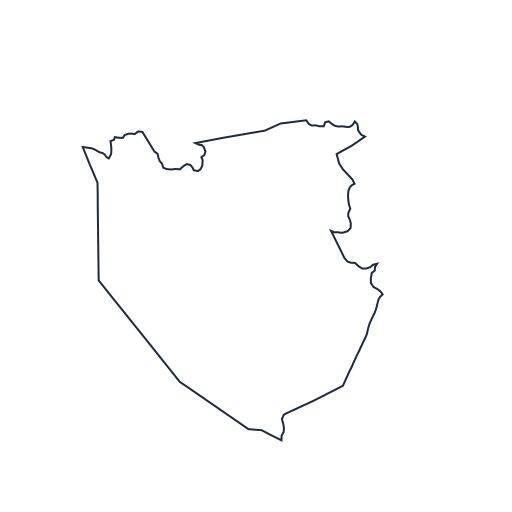 outline of Guajeru, Bahia, Brazil, rotated 243°
{"feature_id": "56859067B64963920888625", "entity_name": "Guajeru", "entity_type": "district", "adm_level": 2, "iso_a3": "BRA", "parent_name": "Brazil", "parent_adm1": "Bahia", "projection": "orthographic", "projection_center": [-41.967, -14.579], "detail": "fine", "context": "isolated", "style": "outline", "palette": "slate", "viewbox_px": 512, "rotation_deg": 243, "n_neighbors": 0, "source": "geoboundaries", "source_scale": "gbopen_adm2", "svg_char_len": 2210}
<svg xmlns="http://www.w3.org/2000/svg" viewBox="0 0 512 512"><g transform="rotate(243 256 256)"><path d="M100.9,274.5L104.1,278.5L106.4,281.3L108.4,284.0L110.7,286.7L113.1,290.1L115.6,293.2L117.6,295.5L119.6,298.2L121.6,300.7L123.3,303.0L125.0,305.3L127.0,307.7L129.0,310.4L131.0,312.8L133.3,316.1L135.9,319.1L138.8,321.6L141.2,323.6L143.8,326.1L145.9,328.6L147.7,330.9L149.4,333.1L151.6,336.1L154.9,339.5L158.7,342.8L161.6,345.4L163.1,347.6L164.3,351.4L167.6,350.9L171.2,349.3L175.1,346.6L179.8,346.1L183.8,348.1L188.3,351.4L189.2,355.3L192.3,357.1L194.1,360.4L195.1,356.5L194.2,352.7L194.7,348.8L196.5,345.1L199.8,343.0L205.0,341.0L206.8,337.6L209.5,335.0L213.9,333.9L244.4,334.3L241.5,336.6L239.9,339.9L238.3,342.0L237.2,344.5L236.5,348.8L237.9,352.9L242.0,355.3L246.0,356.1L249.6,356.2L252.4,357.8L255.4,361.5L259.2,362.1L263.1,363.3L266.7,364.8L269.3,366.1L272.3,368.1L274.6,370.8L275.6,373.5L275.6,376.6L280.7,376.6L294.0,372.7L300.8,372.1L310.2,374.1L310.8,391.4L312.9,407.3L316.1,404.9L319.1,404.3L321.8,404.1L324.2,405.2L327.5,406.1L331.0,405.1L328.9,401.5L328.5,398.4L329.6,395.7L331.2,393.5L332.7,391.1L333.9,388.2L336.3,385.3L339.6,383.3L342.9,382.0L343.8,378.5L340.8,375.2L342.9,371.3L345.4,368.4L346.9,364.9L349.8,363.0L354.1,362.4L362.9,338.0L363.7,320.8L376.3,280.2L384.1,253.3L381.1,255.6L379.6,258.0L376.7,258.9L372.1,258.4L369.5,256.0L368.9,252.2L365.5,251.9L360.9,249.2L358.6,246.1L358.0,242.9L360.6,239.5L364.1,239.5L367.0,238.8L369.3,236.1L369.0,232.1L367.8,227.5L370.2,223.5L371.5,219.9L373.9,216.0L376.7,213.5L381.1,214.2L384.2,213.3L387.5,213.6L391.7,214.7L395.3,212.9L418.2,211.1L420.4,207.6L419.7,203.2L421.4,200.9L422.8,198.0L423.4,193.9L421.7,191.0L423.5,187.6L426.0,184.2L424.0,182.1L424.4,178.5L418.8,176.5L415.8,175.1L412.5,173.1L409.8,169.1L412.2,167.6L415.1,167.3L417.4,166.0L419.5,163.6L423.3,161.2L426.7,158.4L429.0,155.0L431.8,151.1L413.8,149.5L405.3,148.9L393.2,148.0L382.1,142.6L373.4,138.2L305.6,104.7L303.0,105.3L289.6,108.0L235.3,119.3L178.3,131.0L170.4,135.4L105.1,170.7L98.2,182.0L90.6,187.3L80.2,195.0L84.1,197.1L86.7,200.8L90.2,202.9L94.7,204.2L99.0,205.1L102.0,208.8L102.0,213.1L100.9,241.6L100.9,274.5Z" fill="none" stroke="#1e293b" stroke-width="2"/></g></svg>